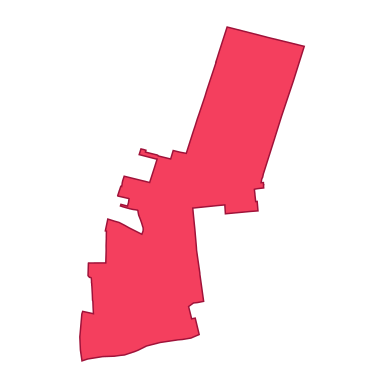 the district of Grojdibodu, Romania, rotated 357°
{"feature_id": "2599482B80602917184212", "entity_name": "Grojdibodu", "entity_type": "district", "adm_level": 2, "iso_a3": "ROU", "parent_name": "Romania", "parent_adm1": "", "projection": "robinson", "projection_center": [24.245, 43.755], "detail": "fine", "context": "isolated", "style": "filled", "palette": "rose", "viewbox_px": 384, "rotation_deg": 357, "n_neighbors": 0, "source": "geoboundaries", "source_scale": "gbopen_adm2", "svg_char_len": 2784}
<svg xmlns="http://www.w3.org/2000/svg" viewBox="0 0 384 384"><g transform="rotate(357 192 192)"><path d="M73.3,354.9L79.1,353.3L94.2,351.7L105.9,351.9L111.9,351.4L116.1,351.2L127.5,348.0L128.3,347.7L129.8,347.2L130.5,346.9L138.5,343.4L152.4,340.6L169.3,339.0L170.1,338.9L170.5,338.9L174.5,338.8L183.3,337.8L191.7,334.7L189.4,322.3L188.6,318.1L185.0,318.6L182.6,306.2L185.2,304.5L187.7,302.9L191.7,302.7L197.9,301.8L196.6,286.7L195.5,274.1L195.6,273.6L193.5,250.3L193.5,247.5L192.9,229.6L192.5,221.4L191.9,208.1L216.4,206.9L224.1,206.6L224.2,215.5L239.0,214.9L248.8,214.5L256.9,214.3L256.6,204.8L255.1,204.9L254.7,198.2L254.7,197.0L254.4,192.6L254.7,192.5L255.8,192.3L257.6,192.1L259.0,192.0L260.5,191.9L263.8,191.7L263.8,190.9L263.8,190.5L263.7,190.4L263.8,189.5L264.0,188.8L263.8,188.8L263.8,188.1L263.8,187.9L263.8,186.3L261.5,186.3L262.4,182.5L263.3,181.0L264.3,177.3L264.5,176.9L277.2,143.1L285.4,121.0L299.0,86.5L301.2,80.6L308.0,62.4L311.2,53.8L311.7,52.4L309.0,51.6L275.1,41.4L274.3,41.1L269.5,39.6L237.4,29.6L236.6,29.4L236.1,29.2L235.7,29.1L226.4,53.5L224.1,59.7L222.8,63.0L222.6,63.5L222.9,63.6L215.7,82.0L212.0,91.5L210.0,97.1L205.6,108.2L203.3,114.0L201.1,119.4L198.7,125.9L196.6,131.2L188.3,153.1L182.4,151.7L175.4,149.6L172.4,157.9L166.7,156.2L160.1,154.2L160.1,153.9L159.8,153.6L159.3,153.3L158.8,153.1L157.4,152.7L147.9,149.8L147.6,149.7L148.2,147.9L146.3,147.2L145.8,147.0L144.9,146.8L143.3,146.3L141.2,151.9L158.3,157.3L158.5,157.3L158.6,157.2L158.9,157.3L156.6,163.5L155.9,165.4L150.2,180.3L125.1,172.7L123.2,177.6L123.1,178.3L122.8,179.2L122.7,179.7L122.5,181.2L122.2,181.9L122.0,182.4L122.0,182.8L121.2,182.6L120.1,185.4L120.0,185.7L119.6,186.6L118.3,190.0L117.6,191.7L117.6,191.9L117.7,192.1L118.3,192.3L127.4,194.9L128.3,195.1L128.7,195.3L128.8,195.5L128.8,195.8L128.4,197.0L128.4,197.6L128.2,198.3L128.1,199.0L127.4,201.1L126.9,202.7L120.4,200.6L119.8,202.2L122.3,203.2L124.4,203.9L126.1,204.5L128.3,205.2L129.1,205.5L129.9,205.7L131.6,206.2L132.4,206.4L134.1,206.7L135.2,206.9L135.9,207.1L136.7,207.3L136.9,207.6L137.0,207.8L137.2,209.9L137.4,211.3L137.5,212.1L138.0,213.7L139.0,216.6L140.1,220.4L140.5,222.0L141.0,224.2L141.3,224.9L141.3,225.8L141.3,226.9L141.1,228.4L140.9,228.9L140.6,229.5L140.3,230.2L139.7,231.6L133.6,228.1L127.3,224.5L122.9,221.7L117.6,218.6L112.9,217.0L106.5,214.6L103.4,226.3L104.5,226.6L104.3,228.9L104.0,233.5L104.0,234.3L103.9,235.2L103.4,241.1L103.2,246.0L102.2,258.3L84.9,257.5L84.8,257.8L83.8,270.0L83.9,270.3L84.3,270.8L85.2,271.9L85.9,272.0L86.3,272.1L86.6,272.3L86.9,272.6L87.0,275.3L86.9,277.4L87.0,277.9L87.1,278.3L87.0,279.8L87.1,280.7L87.1,289.3L87.0,294.9L87.3,295.9L87.2,302.2L87.2,308.4L76.6,305.5L75.6,308.1L73.0,326.7L72.4,330.8L72.3,344.0L73.3,354.9Z" fill="#f43f5e" stroke="#9f1239" stroke-width="1.5"/></g></svg>